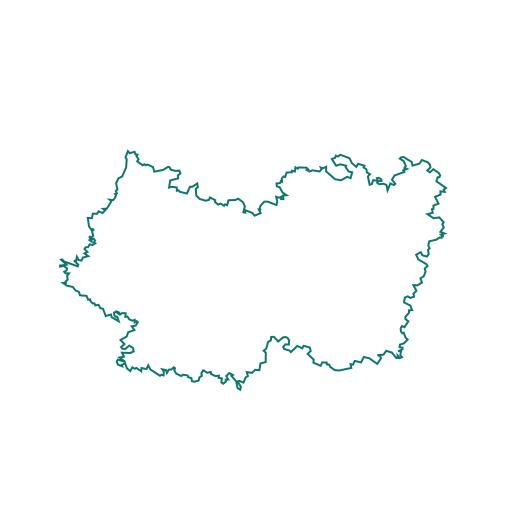 the district of Netrakona, Dhaka, Bangladesh, rotated 295°
{"feature_id": "16705992B47191620994273", "entity_name": "Netrakona", "entity_type": "district", "adm_level": 2, "iso_a3": "BGD", "parent_name": "Bangladesh", "parent_adm1": "Dhaka", "projection": "equal_earth", "projection_center": [90.87, 24.887], "detail": "fine", "context": "isolated", "style": "outline", "palette": "teal", "viewbox_px": 512, "rotation_deg": 295, "n_neighbors": 0, "source": "geoboundaries", "source_scale": "gbopen_adm2", "svg_char_len": 6108}
<svg xmlns="http://www.w3.org/2000/svg" viewBox="0 0 512 512"><g transform="rotate(295 256 256)"><path d="M393.9,399.9L395.5,398.1L397.9,399.5L400.0,387.9L404.2,387.4L404.9,388.9L406.8,388.9L408.5,386.6L409.6,380.0L405.3,378.3L405.9,375.1L409.9,376.7L412.1,375.2L413.5,372.4L413.1,365.8L408.8,365.1L404.1,359.7L407.0,357.4L408.1,347.7L406.4,345.6L405.0,345.2L404.5,349.5L401.0,353.7L398.6,353.3L398.7,356.0L395.8,353.2L394.8,354.9L387.5,347.5L382.7,347.0L380.3,351.7L378.6,351.1L378.5,347.1L371.1,347.5L375.5,344.2L375.4,341.1L373.1,337.3L373.6,334.8L375.1,334.7L377.1,338.0L378.4,337.2L378.7,334.0L377.6,332.7L375.6,334.5L374.3,330.2L370.1,330.6L368.6,328.9L375.4,323.8L378.3,324.7L378.6,321.3L381.3,319.3L381.7,316.1L383.7,316.1L382.7,309.6L379.2,309.3L380.7,303.7L384.1,299.4L383.4,289.6L380.8,288.3L380.7,286.0L378.4,286.2L376.0,283.7L371.7,290.5L374.7,293.7L375.9,299.5L374.4,299.7L371.7,304.4L372.5,307.8L366.5,308.8L366.3,305.2L360.6,301.1L359.0,295.2L362.3,283.8L366.5,281.9L364.0,279.8L363.6,277.3L362.5,278.7L359.5,278.0L357.5,270.8L355.2,268.9L355.4,265.7L356.5,266.7L357.4,264.5L354.2,257.1L352.8,257.0L353.0,254.3L349.0,255.5L348.5,252.6L347.0,253.1L344.6,248.5L339.9,249.0L339.7,247.3L337.2,246.6L334.3,248.2L334.4,246.9L332.2,247.0L330.4,243.9L328.0,245.5L328.3,248.4L324.8,253.1L324.0,258.0L322.3,255.0L319.1,256.8L318.2,254.7L320.3,253.8L318.5,252.2L318.2,249.3L313.9,252.5L310.8,252.9L310.2,243.7L308.7,240.5L303.2,238.8L300.2,239.5L299.9,241.0L299.3,238.9L296.8,242.1L292.0,237.7L293.5,234.3L292.9,226.2L290.7,227.9L290.3,226.1L296.3,224.9L299.3,221.4L300.4,215.6L298.0,213.6L294.9,207.5L289.9,208.4L289.7,206.1L288.0,205.8L288.6,201.9L286.6,200.0L287.6,196.0L289.4,195.5L289.6,189.5L287.0,189.7L284.9,187.1L283.9,181.0L285.6,176.3L291.5,173.0L293.8,174.2L296.9,172.1L291.7,169.0L290.9,166.9L283.4,167.0L282.0,160.0L282.8,157.9L281.7,156.7L284.6,155.2L283.3,150.7L281.3,148.3L288.2,146.3L293.4,152.6L296.0,151.2L298.9,152.6L301.0,150.4L299.1,147.2L298.2,142.2L299.9,140.1L299.5,138.5L294.7,135.4L289.5,128.2L293.1,125.0L293.0,119.0L291.6,117.8L292.0,116.0L290.3,115.0L291.6,108.3L294.0,108.7L296.1,105.3L297.7,105.7L297.4,103.5L299.1,101.9L295.8,98.1L296.9,95.6L290.1,96.1L289.1,97.9L281.3,100.9L271.5,101.1L268.4,98.6L262.9,98.4L257.8,102.3L255.6,101.5L254.1,103.4L252.6,102.1L252.2,103.5L248.5,103.5L246.3,103.0L245.2,99.7L244.7,101.6L243.0,101.7L235.8,100.7L234.2,97.7L233.8,100.0L230.1,98.8L229.9,94.5L227.1,94.1L225.4,90.2L220.9,91.3L219.4,87.5L212.3,92.1L210.4,95.2L211.5,96.6L211.0,97.6L209.4,96.7L205.6,99.9L203.3,98.9L203.2,96.4L202.3,98.4L200.0,98.3L199.6,101.0L201.5,99.7L203.2,101.5L202.1,103.5L200.1,103.3L199.6,105.0L196.8,103.2L196.3,100.3L193.1,100.1L191.8,97.9L189.8,97.6L188.4,101.5L185.9,99.5L185.0,104.0L181.4,99.8L178.1,99.8L177.4,96.9L179.6,94.0L175.2,95.1L175.0,92.9L173.0,98.6L171.3,98.9L169.9,84.4L171.0,81.7L170.3,80.9L168.0,88.0L164.5,82.4L163.6,82.9L165.7,86.0L165.1,89.8L163.0,90.5L160.6,88.9L159.9,90.9L161.2,93.8L158.1,93.2L155.0,95.3L152.2,94.1L151.3,95.1L150.0,92.6L149.2,97.2L150.5,103.0L148.5,106.9L148.6,110.8L146.0,113.0L148.2,119.3L145.4,122.3L146.6,124.0L144.9,125.4L144.0,128.0L144.8,129.5L143.3,131.2L145.2,133.9L142.9,137.0L143.5,139.6L138.1,145.2L141.7,149.2L139.6,151.0L138.8,159.2L142.3,155.9L141.6,154.2L142.5,152.6L144.6,151.3L146.7,152.7L147.0,155.4L146.2,156.9L145.6,155.6L145.3,157.4L147.7,158.8L149.0,162.1L145.6,163.3L146.8,165.1L145.0,168.0L145.1,171.2L146.8,173.0L144.6,174.1L146.5,175.3L146.1,176.8L142.1,176.4L139.8,173.1L137.5,177.1L132.9,172.4L128.3,172.8L122.6,168.7L120.6,174.0L116.5,172.2L115.5,173.7L116.2,176.6L121.3,179.1L120.6,183.5L117.9,185.4L115.0,183.1L111.7,175.4L109.0,178.9L106.3,175.2L104.8,182.4L103.7,174.6L101.4,174.4L99.2,176.8L99.5,181.4L100.6,180.4L103.3,182.8L99.6,186.6L98.5,190.7L102.8,191.0L102.6,193.9L104.0,194.9L103.0,200.7L106.1,199.6L107.2,204.5L111.4,204.5L108.5,208.3L106.9,219.6L108.3,220.3L108.7,222.7L112.2,221.4L113.7,218.9L114.6,222.7L112.3,224.7L116.1,225.0L117.6,227.5L120.3,228.4L120.1,230.0L118.1,230.1L115.7,233.3L115.6,239.0L117.6,240.0L118.8,244.5L117.5,245.8L118.1,249.0L115.5,250.8L116.0,253.2L118.9,256.7L122.0,256.0L124.5,257.6L126.7,256.0L130.1,256.5L129.6,261.3L131.8,264.0L130.1,265.0L130.0,269.9L131.9,273.0L129.8,273.5L130.6,276.8L126.8,278.0L126.4,280.3L129.5,281.8L131.1,280.8L132.3,283.1L134.6,279.8L138.6,281.2L138.4,285.3L137.0,284.4L133.9,291.2L128.5,295.1L128.1,298.2L130.9,297.7L134.6,292.3L135.7,293.6L136.0,298.2L141.5,297.9L143.8,299.4L146.9,296.7L148.4,301.8L152.6,303.4L153.9,307.3L160.5,305.5L164.0,309.6L172.5,305.7L173.4,303.0L176.1,304.4L183.2,303.3L185.8,305.1L189.1,304.0L190.3,306.4L187.9,312.3L193.4,314.7L195.1,317.0L195.1,319.2L193.6,321.7L189.6,323.2L188.3,319.9L184.9,319.1L183.6,320.8L184.5,326.3L183.6,328.2L192.0,331.5L191.8,336.9L194.7,337.1L195.8,343.4L193.1,345.7L189.1,344.2L186.4,352.1L183.6,353.1L183.8,361.0L187.5,361.0L189.3,365.1L187.7,366.0L188.5,368.2L186.8,370.2L185.9,375.6L187.3,379.6L194.8,389.7L197.9,387.4L198.5,389.8L202.6,389.8L204.0,396.2L210.0,396.4L211.2,401.7L209.5,411.5L216.2,412.5L217.7,410.7L217.5,408.0L220.4,413.2L225.1,414.1L225.9,420.0L222.8,426.3L223.5,427.7L225.7,426.4L224.2,429.5L226.0,431.1L227.2,428.6L231.4,427.6L229.7,425.1L233.5,428.2L234.8,427.5L234.1,424.7L236.5,423.9L239.2,426.9L244.3,428.8L245.2,426.0L248.9,422.4L247.8,421.3L248.8,419.3L251.5,417.7L254.2,417.9L254.1,420.6L261.2,421.7L262.0,418.1L264.0,417.1L269.3,418.7L271.4,417.6L272.9,420.4L276.3,416.8L276.5,409.7L281.2,408.5L283.6,410.6L283.2,413.5L285.9,416.4L288.5,414.6L292.2,416.1L296.1,411.0L297.5,414.5L302.0,417.7L305.2,414.5L308.7,416.6L313.5,416.3L316.0,414.2L319.4,415.7L320.6,414.2L321.5,404.6L324.8,400.6L329.1,403.7L326.9,406.5L327.8,411.2L330.9,411.7L334.1,409.3L336.2,410.1L338.3,407.7L342.5,406.8L347.0,412.6L350.4,414.5L350.9,416.5L352.7,415.9L353.0,417.9L353.6,414.6L356.1,417.4L355.8,412.9L361.3,414.1L363.5,411.4L365.9,411.8L368.4,405.8L365.3,401.0L366.4,393.7L369.8,397.9L372.8,395.7L373.7,396.9L376.7,395.5L380.6,399.3L385.3,393.2L389.6,397.3L392.5,395.8L393.9,399.9Z" fill="none" stroke="#0f766e" stroke-width="2"/></g></svg>